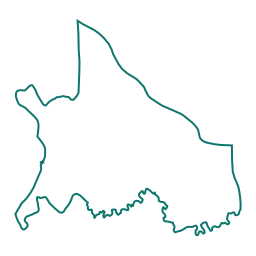 Xebangfay, Khammouan, Laos (Equal Earth projection)
{"feature_id": "54806243B47827681100424", "entity_name": "Xebangfay", "entity_type": "district", "adm_level": 2, "iso_a3": "LAO", "parent_name": "Laos", "parent_adm1": "Khammouan", "projection": "equal_earth", "projection_center": [105.132, 17.21], "detail": "fine", "context": "isolated", "style": "outline", "palette": "teal", "viewbox_px": 256, "rotation_deg": 0, "n_neighbors": 0, "source": "geoboundaries", "source_scale": "gbopen_adm2", "svg_char_len": 5857}
<svg xmlns="http://www.w3.org/2000/svg" viewBox="0 0 256 256"><path d="M240.5,209.6L240.6,203.5L240.2,198.0L239.4,191.9L238.3,186.8L236.3,181.6L234.9,178.6L232.8,172.0L232.1,160.6L231.9,145.4L221.3,145.0L215.1,144.3L209.4,143.2L206.6,142.6L203.5,141.3L201.8,140.0L200.2,138.4L199.6,136.7L198.4,131.0L197.6,128.9L196.1,126.8L194.7,125.1L192.0,122.4L183.3,115.3L180.1,113.5L161.7,105.4L151.1,98.5L148.7,96.4L147.1,93.9L146.3,91.9L145.4,90.4L144.7,88.5L143.9,86.9L138.8,81.3L136.5,79.1L126.7,73.0L121.8,68.6L118.6,64.2L115.9,59.3L113.1,54.0L111.6,49.5L108.9,44.1L104.1,38.3L100.7,35.0L98.3,32.9L94.1,30.0L83.0,24.2L77.6,20.8L78.4,33.5L78.7,49.6L79.5,61.6L79.3,72.8L78.5,92.9L76.6,96.3L73.4,99.8L71.0,99.6L68.7,97.1L65.5,96.7L63.5,96.1L61.3,96.5L59.3,97.1L56.7,97.2L55.1,98.6L52.7,99.5L49.1,101.8L45.8,105.5L44.1,105.0L43.3,104.4L42.5,103.3L37.5,95.1L35.1,89.3L32.4,85.3L31.0,85.2L29.4,86.1L25.8,89.7L24.7,90.5L23.7,90.5L21.4,90.2L20.2,90.2L18.7,90.5L17.3,91.1L16.6,91.8L16.1,93.1L15.9,94.9L15.9,96.4L17.1,100.2L17.8,102.0L18.7,103.8L20.0,105.0L24.8,107.5L27.3,109.7L29.0,111.5L34.3,116.4L36.9,119.5L37.9,121.5L38.5,124.6L38.5,127.0L37.9,133.3L37.3,136.4L41.7,142.0L43.9,145.5L44.4,146.6L44.9,147.9L45.2,149.7L45.2,151.7L45.0,155.4L44.7,157.4L43.8,160.0L43.5,160.4L42.9,160.6L42.7,161.1L42.9,161.4L43.1,161.9L42.7,161.8L42.4,162.0L42.3,163.0L42.0,163.0L41.7,162.2L41.2,162.0L40.7,162.5L40.7,163.0L41.0,163.3L41.2,163.6L41.3,164.4L40.8,165.3L40.8,166.0L41.2,168.0L41.2,169.1L40.9,170.5L33.4,187.9L29.9,193.8L26.4,198.5L23.9,201.1L22.0,202.9L21.3,203.8L15.4,214.0L15.8,215.1L16.5,217.5L18.1,221.5L18.8,222.5L20.3,225.0L21.0,227.1L21.5,227.9L22.3,228.8L23.0,229.3L23.7,229.5L24.5,229.4L25.3,228.8L26.9,227.0L27.6,225.8L27.7,224.8L27.3,223.8L26.9,223.2L25.8,222.2L25.3,221.5L25.0,221.0L24.7,220.0L25.0,218.7L26.1,217.1L26.8,216.5L27.4,216.3L32.2,214.5L34.6,213.2L36.2,212.7L37.6,211.9L38.0,211.4L38.4,210.9L38.8,209.2L38.4,207.5L38.0,204.8L37.9,203.4L37.8,202.9L37.6,202.6L37.3,200.9L37.0,199.9L36.9,198.2L37.1,197.5L37.4,197.2L37.9,197.1L39.4,197.5L40.2,198.0L41.5,197.9L44.9,197.0L45.6,197.2L46.0,197.6L47.1,199.0L48.6,201.6L49.6,203.2L54.8,208.3L58.8,211.7L59.4,212.2L60.2,212.5L61.3,212.7L62.0,212.6L63.4,211.9L64.1,211.1L65.2,209.0L68.4,205.0L70.4,201.8L72.5,196.3L73.0,195.5L73.5,195.0L74.5,194.4L75.6,193.9L76.1,193.8L77.3,194.0L78.6,194.6L80.3,195.6L80.9,196.1L86.8,201.9L87.8,202.6L86.9,204.7L87.2,205.5L87.9,206.5L88.0,208.8L88.1,209.3L88.3,209.6L89.1,210.0L91.3,209.6L91.8,209.9L91.9,210.3L91.9,212.0L92.0,212.5L92.5,213.4L94.0,215.3L94.3,216.2L94.3,217.6L94.5,217.8L95.0,217.4L95.3,216.9L95.9,215.4L96.2,215.2L97.5,214.5L99.2,214.0L99.5,212.9L99.8,212.2L100.0,211.9L100.5,211.9L101.4,212.5L101.8,212.5L102.0,212.4L102.9,211.0L103.4,210.9L104.2,211.4L104.5,211.8L104.6,212.1L103.4,215.3L103.3,215.9L103.7,217.1L104.0,217.5L104.4,217.4L105.5,216.0L106.7,215.1L107.2,215.0L107.9,215.0L108.2,215.0L109.2,215.8L109.9,215.8L110.6,215.5L111.7,214.6L112.2,214.0L112.3,213.5L112.3,212.5L111.9,210.8L112.0,209.9L112.4,209.6L113.1,209.5L113.8,209.7L115.0,209.5L115.4,209.7L115.8,210.1L116.1,212.3L117.9,214.5L118.1,214.7L118.6,214.7L119.6,213.6L120.6,213.3L120.8,212.8L121.0,210.5L121.4,210.0L122.0,209.4L123.0,209.1L124.3,209.4L126.0,209.6L127.3,210.2L128.0,210.1L128.2,209.8L128.4,209.2L128.3,208.3L127.4,205.6L127.6,204.9L128.1,204.5L128.6,204.4L129.3,204.7L130.4,205.5L131.1,206.3L131.6,205.0L131.9,204.8L132.1,204.9L132.6,205.8L132.9,205.9L133.0,205.9L133.8,202.9L134.2,202.1L134.8,201.4L135.2,201.2L136.1,200.9L137.8,200.8L138.4,200.9L139.0,201.3L140.4,202.7L140.7,202.8L141.1,202.7L141.6,202.3L142.3,201.0L142.6,200.2L142.7,199.6L142.5,199.2L140.3,197.4L139.4,196.3L139.2,195.9L139.1,195.1L139.1,194.3L139.4,193.4L141.7,191.3L142.0,191.1L142.3,191.1L142.7,191.3L143.2,192.8L143.7,193.6L144.2,193.8L144.7,193.6L145.1,192.9L145.3,191.4L146.2,189.0L146.8,188.8L147.5,188.9L149.4,190.0L152.6,193.1L153.2,193.5L153.7,193.6L154.5,192.7L154.8,192.6L154.9,192.9L155.0,194.0L155.1,194.4L156.4,195.2L158.5,197.4L158.7,198.1L158.7,200.2L159.0,201.0L160.0,201.6L163.7,202.3L164.4,202.6L164.8,202.9L165.3,204.1L165.8,204.8L167.3,206.0L167.3,206.4L166.9,207.3L166.1,208.5L165.6,209.1L165.3,209.1L164.8,208.8L163.5,207.2L163.3,207.2L163.0,207.5L162.6,209.1L162.4,210.2L162.5,211.5L163.0,212.5L164.8,214.4L165.3,215.4L165.4,215.8L165.4,216.4L165.2,217.1L164.7,217.4L163.6,217.7L163.4,218.0L163.4,218.3L164.1,220.7L164.7,221.3L167.4,221.4L168.8,221.9L169.8,221.9L171.0,222.4L172.9,222.7L173.1,223.1L173.1,223.9L173.3,224.4L174.3,225.9L174.5,226.5L174.5,227.5L173.9,229.0L173.7,229.9L174.0,230.8L174.7,232.0L175.0,232.2L175.3,232.2L178.7,231.2L180.8,230.7L184.7,228.6L185.1,228.1L185.6,227.7L188.0,226.8L192.3,227.0L192.9,226.8L194.4,225.9L195.9,225.7L196.4,225.9L196.8,226.7L197.2,228.0L197.2,229.0L196.8,229.5L196.1,229.9L195.8,230.2L195.6,230.8L195.6,233.6L195.8,234.2L196.0,234.6L196.7,235.1L197.2,235.2L197.5,235.1L198.2,234.5L198.8,232.5L199.3,231.7L200.0,231.3L200.5,231.4L201.7,231.9L202.9,233.3L203.2,233.5L204.1,233.3L204.5,232.8L204.7,232.1L204.6,231.6L204.3,230.7L203.7,229.5L201.9,227.4L201.3,226.0L201.0,225.4L201.1,224.8L201.8,224.0L203.0,223.0L203.6,222.7L205.3,222.4L205.8,222.3L206.2,222.4L206.7,223.3L207.6,226.2L208.9,228.0L210.3,230.5L210.8,230.8L211.3,230.7L211.9,230.2L212.1,229.9L212.2,229.1L212.2,228.1L212.5,227.4L214.2,226.4L214.9,226.3L217.3,227.1L218.0,227.1L218.9,227.0L219.8,226.2L221.3,223.4L221.7,223.0L223.5,223.4L224.4,222.8L224.9,222.8L225.6,223.1L227.0,224.1L227.8,224.3L228.1,224.2L229.1,223.3L229.3,222.8L228.8,221.8L227.8,220.4L227.1,219.0L227.0,218.7L228.0,214.3L228.5,213.3L229.0,213.2L230.3,213.5L231.0,213.4L232.8,212.5L234.1,212.4L234.5,212.8L234.6,213.6L234.9,214.6L235.3,214.8L236.1,215.2L237.1,215.1L238.1,214.6L238.7,213.9L239.1,212.9L239.5,210.9L240.0,210.1L240.5,209.6Z" fill="none" stroke="#0f766e" stroke-width="2"/></svg>